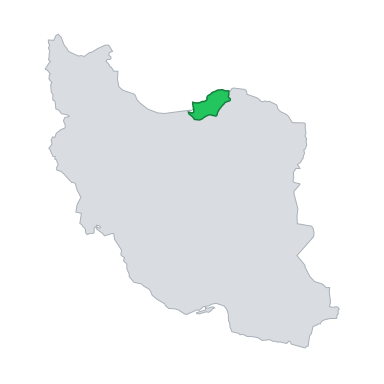 where Golestan sits in Iran, rotated 5°
{"feature_id": "IRN-3213", "entity_name": "Golestan", "entity_type": "Province", "adm_level": 1, "iso_a3": "IRN", "parent_name": "Iran", "parent_adm1": "", "projection": "albers", "projection_center": [55.004, 37.298], "detail": "fine", "context": "in_parent", "style": "filled", "palette": "green", "viewbox_px": 384, "rotation_deg": 5, "n_neighbors": 0, "source": "natural_earth", "source_scale": "10m", "svg_char_len": 5058}
<svg xmlns="http://www.w3.org/2000/svg" viewBox="0 0 384 384"><g transform="rotate(5 192 192)"><path d="M184.9,102.6L189.3,102.9L197.2,100.2L197.9,99.6L200.3,94.2L203.1,91.7L207.8,88.8L210.8,87.8L221.6,88.1L222.3,85.9L224.1,84.8L235.7,85.2L237.5,86.8L238.3,89.9L248.1,92.4L250.1,93.3L252.6,95.5L254.5,96.1L257.0,94.9L258.6,95.6L261.2,94.9L268.9,97.9L270.1,101.3L271.5,102.9L273.2,104.2L279.4,106.6L281.3,108.1L286.0,114.2L298.2,113.4L299.1,114.7L299.1,117.4L300.4,123.9L299.6,126.4L301.3,128.4L301.4,132.5L302.2,135.3L301.0,139.4L299.7,140.2L300.7,143.7L299.6,147.1L299.9,148.4L298.1,151.4L298.0,152.5L294.6,155.4L297.5,159.1L293.5,159.6L291.2,163.9L292.1,168.8L291.6,171.4L292.1,172.8L293.2,173.7L298.7,174.4L298.9,175.0L293.5,182.5L293.9,185.3L299.0,199.6L298.7,206.9L299.7,214.4L314.0,215.6L315.7,217.4L317.0,221.5L317.2,224.6L316.8,226.2L302.1,246.2L310.9,255.1L311.3,257.2L316.9,266.1L321.9,270.5L330.1,272.4L334.1,275.6L337.4,275.2L337.5,279.9L339.6,289.5L338.9,294.1L341.8,294.7L346.2,293.7L347.9,294.4L348.9,296.0L347.8,297.0L348.3,300.8L347.3,301.7L347.1,305.3L340.5,306.0L334.4,308.1L332.3,309.6L331.2,312.3L329.1,312.2L328.6,313.3L324.3,315.4L323.2,322.9L321.7,324.7L321.1,335.4L320.1,335.6L318.1,337.5L304.3,334.9L302.8,332.5L301.4,332.1L299.5,334.7L292.7,333.6L290.4,334.2L288.9,333.5L285.3,333.6L282.3,332.3L275.0,333.8L270.4,331.4L265.5,330.8L259.6,331.1L254.8,329.3L252.3,330.1L251.1,328.8L243.9,327.7L241.5,323.0L241.3,320.6L239.5,316.6L238.8,310.6L237.1,306.3L234.0,302.8L225.9,300.8L221.7,301.9L218.6,304.0L213.4,305.2L209.4,309.3L207.1,309.0L197.6,314.4L195.6,314.3L188.5,310.6L185.3,309.9L178.8,310.0L175.4,307.5L174.5,305.7L166.1,301.7L161.1,298.1L159.6,294.7L157.4,292.3L152.5,290.2L149.7,288.0L142.0,287.0L136.7,281.6L136.8,279.9L133.8,274.1L133.4,269.9L132.8,268.8L130.2,267.0L129.8,265.8L130.5,263.2L127.1,261.5L126.6,260.2L126.9,256.1L119.1,246.0L117.7,240.5L116.2,240.2L108.7,243.3L106.7,241.2L100.5,237.4L99.7,236.0L101.3,235.5L102.9,236.2L103.9,235.5L103.6,234.3L102.0,233.5L99.8,233.4L100.4,234.6L98.3,235.5L97.7,236.8L98.0,240.9L97.0,241.9L93.6,242.4L91.4,243.5L89.6,241.9L89.2,238.9L88.1,237.0L86.4,236.1L85.2,234.2L83.0,233.1L83.7,222.9L78.1,222.2L78.7,214.4L81.8,207.0L77.1,199.6L75.2,194.1L73.8,193.0L71.1,192.9L62.6,185.0L59.6,182.8L55.3,181.9L55.0,179.3L56.3,176.6L54.6,172.8L54.1,171.7L52.4,171.1L52.7,168.8L50.4,168.7L46.7,162.0L45.6,161.0L48.4,156.4L47.1,152.4L48.4,149.2L50.6,149.6L51.7,145.3L56.0,141.2L59.6,139.5L60.1,138.2L59.6,135.7L57.8,132.5L58.3,129.9L59.1,128.7L62.8,127.7L63.0,127.1L61.4,126.1L55.2,125.4L52.1,122.1L49.1,121.0L47.8,114.2L47.4,113.3L45.9,112.9L45.1,111.6L45.1,107.1L43.1,104.9L42.0,98.2L42.1,96.5L42.8,95.2L39.7,92.0L39.7,87.6L40.5,86.6L37.0,83.0L35.2,82.7L35.1,82.1L38.5,75.6L39.7,74.2L37.5,72.9L37.9,69.6L37.6,66.7L38.1,64.1L36.8,62.0L36.5,60.8L37.4,57.9L36.1,56.3L35.6,53.1L41.2,52.9L42.7,48.2L44.9,46.5L48.1,49.1L52.2,57.4L54.9,59.9L56.8,62.8L67.1,66.5L69.4,65.8L73.0,66.3L77.9,61.9L80.1,61.5L85.7,57.2L92.7,53.3L96.1,52.9L100.6,58.8L97.7,60.3L97.1,61.6L97.3,63.0L99.5,64.6L99.6,66.2L98.8,66.9L95.8,67.6L94.9,69.1L97.9,71.9L99.3,74.2L100.9,74.8L103.4,78.4L107.7,78.2L108.0,86.5L110.0,93.5L114.3,96.7L126.0,99.5L127.2,100.9L129.0,104.7L131.9,107.5L140.8,113.3L150.9,116.2L157.6,116.2L182.6,110.7L184.9,110.7L181.2,112.2L182.5,112.9L185.7,112.9L186.4,112.3L186.6,111.3L184.9,102.6ZM223.0,306.2L221.4,308.6L218.9,310.5L217.0,310.0L209.4,312.9L207.4,312.7L207.1,311.8L215.5,308.4L215.8,307.5L215.3,305.8L218.0,306.5L221.0,305.0L223.4,304.6L224.6,305.6L223.0,306.2Z" fill="#d9dde1" stroke="#a8b0b8" stroke-width="1"/><path d="M212.8,87.5L213.3,87.5L214.3,87.7L214.9,88.0L215.1,88.1L215.9,88.1L216.1,88.2L216.6,88.4L216.8,88.5L217.0,88.5L219.2,88.0L219.9,88.1L220.1,89.5L220.0,90.1L220.0,90.8L220.2,91.6L220.2,92.1L219.9,93.3L219.9,94.2L220.5,94.9L221.2,95.2L221.9,95.7L222.2,96.9L221.3,98.1L219.5,98.7L219.1,98.8L218.6,99.0L218.1,99.5L217.0,100.0L215.9,102.0L215.4,102.5L214.8,103.0L211.9,107.5L210.6,110.4L210.3,112.5L209.8,113.9L209.0,114.3L203.4,113.5L202.1,113.7L199.3,115.3L196.6,117.4L195.7,118.4L193.4,119.5L192.3,119.7L191.1,119.5L188.0,119.5L187.4,118.5L185.7,116.8L182.3,114.6L181.7,113.7L181.6,113.2L181.5,112.9L183.9,113.2L184.2,113.3L184.4,113.4L186.4,112.9L186.6,112.7L186.7,112.4L186.7,110.4L186.7,110.1L186.4,109.9L186.1,109.8L186.2,109.5L186.5,108.8L186.2,108.3L185.9,107.5L185.6,105.9L185.1,104.6L185.1,104.3L184.9,102.6L189.2,103.1L189.5,103.0L189.8,102.9L190.1,102.6L190.4,102.5L190.7,102.4L191.1,102.5L191.4,102.5L192.0,102.3L194.6,100.8L195.0,100.7L195.9,101.0L196.3,101.0L196.5,100.8L196.9,100.4L197.2,100.3L197.4,100.1L198.1,99.6L198.5,99.3L198.6,99.2L198.6,98.9L198.9,98.4L198.9,98.1L198.9,97.6L198.8,97.4L198.7,97.2L198.6,96.7L198.8,96.1L198.9,95.7L199.0,95.4L199.2,95.0L199.7,94.5L202.0,92.9L202.7,92.1L202.8,91.9L202.9,91.6L203.1,91.5L203.3,91.5L203.5,91.4L203.8,90.9L204.2,90.7L205.1,90.5L205.3,90.4L205.4,90.1L205.8,89.9L206.5,89.7L207.0,89.4L207.3,89.2L208.4,88.3L208.8,88.2L209.8,88.1L212.8,87.5Z" fill="#22c55e" stroke="#15803d" stroke-width="1.5"/></g></svg>